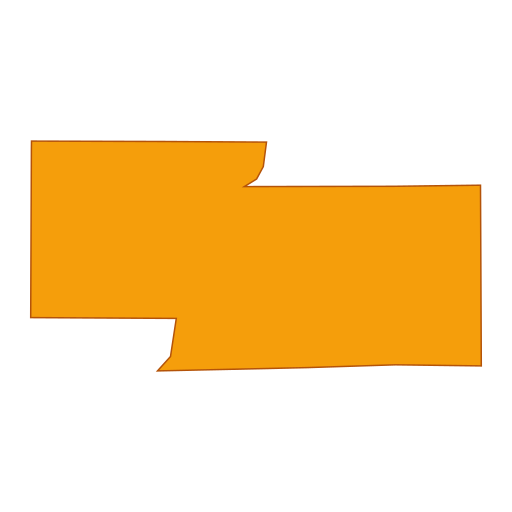 Marshall, Illinois, United States of America
{"feature_id": "52423323B57387321638409", "entity_name": "Marshall", "entity_type": "district", "adm_level": 2, "iso_a3": "USA", "parent_name": "United States of America", "parent_adm1": "Illinois", "projection": "orthographic", "projection_center": [-89.369, 41.035], "detail": "fine", "context": "isolated", "style": "filled", "palette": "amber", "viewbox_px": 512, "rotation_deg": 0, "n_neighbors": 0, "source": "geoboundaries", "source_scale": "gbopen_adm2", "svg_char_len": 333}
<svg xmlns="http://www.w3.org/2000/svg" viewBox="0 0 512 512"><path d="M162.5,141.5L31.5,141.1L31.4,148.4L30.7,317.6L176.3,318.4L170.5,356.5L157.5,370.9L307.3,367.6L395.6,364.8L481.3,365.9L480.5,185.2L393.5,186.3L244.3,186.6L256.6,179.0L263.3,166.6L266.5,142.1L162.5,141.5Z" fill="#f59e0b" stroke="#b45309" stroke-width="1.5"/></svg>